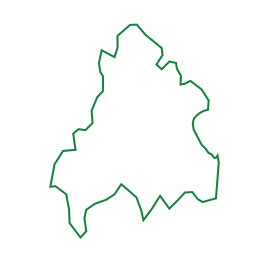 the border of Amatas, rotated 262°
{"feature_id": "LVA-5781", "entity_name": "Amatas", "entity_type": "Municipality", "adm_level": 1, "iso_a3": "LVA", "parent_name": "Latvia", "parent_adm1": "", "projection": "equal_earth", "projection_center": [25.336, 57.115], "detail": "fine", "context": "isolated", "style": "outline", "palette": "green", "viewbox_px": 256, "rotation_deg": 262, "n_neighbors": 0, "source": "natural_earth", "source_scale": "10m", "svg_char_len": 1073}
<svg xmlns="http://www.w3.org/2000/svg" viewBox="0 0 256 256"><g transform="rotate(262 128 128)"><path d="M185.7,184.6L179.6,184.7L173.6,187.3L172.1,187.6L163.7,186.1L163.9,190.6L164.9,192.8L165.9,196.4L155.9,206.3L144.0,211.7L134.8,209.7L134.6,206.6L134.1,204.3L132.9,201.2L130.8,197.8L128.0,194.5L123.8,192.8L117.5,192.8L100.8,198.7L97.2,201.7L92.1,204.3L90.3,207.0L86.5,209.1L86.3,210.6L87.0,211.8L88.2,212.8L81.4,213.1L46.1,205.3L44.3,191.5L48.0,187.1L55.6,182.7L56.2,175.4L49.0,166.5L42.4,157.7L56.3,150.3L44.2,140.0L34.6,130.4L44.2,129.7L58.1,126.7L66.6,119.4L73.2,113.5L64.2,105.4L60.0,96.5L57.6,84.8L52.8,75.2L44.9,72.3L31.6,72.3L26.2,65.7L41.9,56.9L55.2,58.3L70.9,57.6L80.5,48.0L80.6,42.9L102.3,50.2L114.3,60.5L113.7,73.0L130.0,73.0L133.7,78.9L131.8,85.5L137.9,93.6L150.0,94.3L162.6,101.7L168.1,108.3L182.6,110.5L187.4,108.3L196.5,108.3L208.6,112.7L200.1,124.5L209.2,128.9L220.7,130.4L229.8,144.4L229.2,151.0L217.7,158.4L202.6,172.4L195.4,172.4L186.9,165.0L181.5,169.5L188.1,178.3L185.7,184.6L185.7,184.6Z" fill="none" stroke="#15803d" stroke-width="2"/></g></svg>